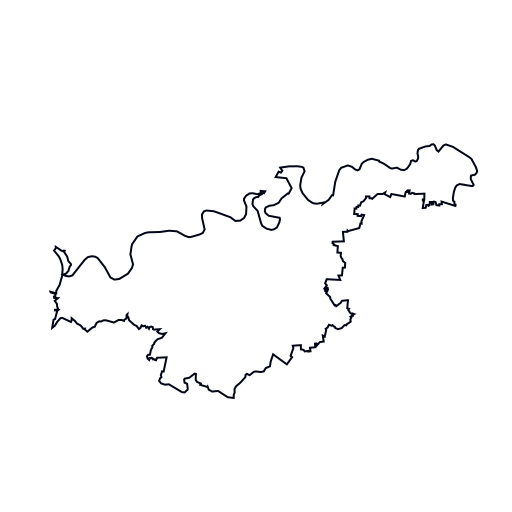 Cosamaloapan de Carpio, Veracruz, Mexico (Albers equal-area conic projection), rotated 192°
{"feature_id": "50627088B77011733949691", "entity_name": "Cosamaloapan de Carpio", "entity_type": "district", "adm_level": 2, "iso_a3": "MEX", "parent_name": "Mexico", "parent_adm1": "Veracruz", "projection": "albers", "projection_center": [-95.972, 18.282], "detail": "fine", "context": "isolated", "style": "outline", "palette": "ink", "viewbox_px": 512, "rotation_deg": 192, "n_neighbors": 0, "source": "geoboundaries", "source_scale": "gbopen_adm2", "svg_char_len": 6122}
<svg xmlns="http://www.w3.org/2000/svg" viewBox="0 0 512 512"><g transform="rotate(192 256 256)"><path d="M155.4,374.8L162.8,375.2L166.5,373.5L170.2,370.4L171.7,368.3L172.8,362.3L174.7,360.8L177.4,361.4L180.7,363.2L185.0,363.7L191.0,360.0L192.4,357.3L193.9,345.0L193.2,331.4L194.3,331.3L196.6,326.0L201.4,320.8L201.2,322.3L207.2,319.8L210.9,319.5L212.7,320.0L216.8,321.7L223.6,327.2L226.5,331.3L227.5,334.5L227.8,342.2L226.1,349.0L228.0,352.3L229.5,352.7L234.1,352.4L242.5,350.5L250.7,347.5L248.0,344.8L249.0,342.7L251.4,343.2L253.2,337.3L242.4,338.4L235.3,329.8L236.8,324.3L237.1,323.7L237.8,323.9L242.9,317.8L244.9,312.8L249.2,309.4L253.4,307.9L256.2,305.8L256.9,304.5L256.7,301.7L255.5,299.9L251.8,298.0L240.8,298.3L240.1,296.7L240.2,293.4L241.5,288.2L244.0,285.8L246.5,284.7L251.5,285.0L256.1,286.8L257.9,289.2L263.8,300.5L269.0,304.1L270.3,306.1L270.6,310.5L270.1,311.8L268.3,313.5L266.0,314.3L265.6,315.9L263.2,317.6L261.8,319.6L261.2,319.3L260.5,321.2L265.0,320.6L264.7,319.7L264.1,319.9L265.2,317.4L265.4,317.9L267.6,316.7L272.4,316.7L275.4,315.8L278.3,312.8L279.6,309.5L279.2,307.7L275.6,302.3L274.4,294.8L275.6,290.7L278.8,287.3L283.5,286.0L289.1,288.6L304.1,290.7L306.6,291.0L314.0,290.2L316.3,288.7L317.5,285.3L316.6,281.8L311.8,271.4L312.8,267.5L315.7,265.3L323.9,260.9L325.9,260.5L329.8,261.0L338.5,263.7L346.1,262.7L355.0,259.5L366.2,256.8L369.4,255.4L376.0,250.5L379.6,241.9L379.7,239.0L379.2,231.5L374.6,222.4L374.8,218.6L377.6,212.1L385.0,205.1L389.6,203.5L393.9,204.7L401.6,213.7L410.5,221.1L413.4,221.9L416.6,221.6L420.2,220.0L422.8,216.6L431.6,198.8L434.7,197.1L438.2,197.0L440.9,197.6L438.2,199.3L436.4,202.3L436.1,206.5L435.1,208.8L435.4,209.7L438.5,212.0L440.6,216.2L444.4,219.9L444.2,221.4L445.3,221.3L445.7,220.5L447.5,220.8L453.7,223.3L453.4,222.3L454.7,219.3L449.1,214.9L447.0,212.5L443.7,207.0L442.4,202.9L441.5,195.9L442.1,186.8L444.1,180.5L443.6,178.0L449.6,178.3L449.2,177.7L444.5,177.3L443.9,175.0L445.2,174.3L444.6,173.0L441.0,173.6L443.5,170.3L440.8,167.8L440.1,165.4L438.2,162.6L441.4,161.6L441.2,161.0L438.3,161.9L439.1,160.6L439.4,152.6L440.8,151.6L440.4,143.4L438.2,146.1L436.9,149.9L434.4,154.5L432.7,155.2L423.3,153.0L423.0,154.5L423.4,156.8L419.4,154.7L417.1,152.7L413.1,151.6L409.8,148.9L408.2,149.4L408.3,148.6L405.2,146.9L401.3,151.9L399.0,153.3L398.0,157.5L395.8,159.5L394.0,159.7L391.9,161.3L389.3,161.9L381.1,161.4L377.2,164.8L374.1,165.5L371.6,165.1L371.6,166.1L369.8,168.0L370.3,171.4L369.7,172.3L369.6,170.7L368.1,169.5L366.8,166.8L360.6,163.2L358.3,162.8L355.3,160.2L354.0,161.8L353.5,164.4L351.7,163.8L350.0,164.7L348.5,163.0L347.5,164.2L345.6,162.6L345.4,164.3L343.8,165.2L342.2,164.9L341.5,163.0L340.5,162.8L334.9,164.4L336.8,161.5L335.0,160.4L331.6,160.2L328.5,161.6L331.0,156.5L335.1,154.0L337.4,150.3L337.3,149.0L338.8,146.6L338.4,145.3L339.3,141.9L339.2,137.4L341.1,136.9L341.8,135.2L340.7,133.1L338.9,132.1L338.9,134.1L337.5,134.0L337.0,134.7L335.4,134.2L335.2,133.5L332.8,133.9L332.8,133.2L332.1,133.2L331.6,135.9L322.4,138.3L322.3,123.8L323.9,123.7L324.3,119.7L323.3,117.8L324.5,116.3L324.8,113.7L322.3,111.7L318.4,111.2L314.5,112.4L300.0,107.4L297.5,107.7L295.1,111.1L295.3,112.3L296.8,116.7L299.5,117.2L300.6,120.0L300.3,121.2L296.0,123.0L291.6,128.2L290.3,128.2L289.2,122.2L287.6,120.6L283.5,119.8L283.8,118.4L276.4,117.8L276.2,118.3L274.4,115.4L270.8,114.3L265.0,116.1L254.3,112.0L248.3,112.5L248.9,115.6L248.5,118.0L249.3,121.2L248.5,124.3L245.0,128.8L241.2,135.4L241.5,137.5L240.5,138.8L237.5,138.1L234.1,142.2L232.3,143.0L227.3,143.5L224.4,144.7L223.2,148.3L219.4,151.0L219.7,155.8L218.8,163.4L203.3,156.4L199.7,164.5L201.4,165.5L200.3,173.6L201.4,175.9L193.6,178.1L192.6,174.0L190.0,174.1L188.5,172.8L185.2,174.0L185.0,173.4L182.9,174.1L184.1,177.5L179.0,179.1L180.1,182.5L178.6,183.0L177.8,181.3L175.6,185.1L172.0,186.4L174.1,192.0L172.0,191.3L172.0,198.5L172.7,199.2L171.1,201.0L170.3,203.9L167.7,203.5L166.7,204.3L165.4,203.2L164.2,203.2L163.5,202.0L160.5,201.5L157.2,203.3L155.0,206.8L153.2,207.0L153.2,207.9L149.7,211.5L150.5,213.3L149.9,216.1L150.8,216.3L149.5,217.9L148.9,217.9L149.1,218.5L147.9,219.6L149.7,219.9L150.2,219.2L152.2,220.1L154.5,222.4L154.0,223.7L155.9,223.9L156.9,232.8L156.8,231.9L162.5,230.1L163.6,227.6L167.1,223.6L168.0,224.6L168.8,224.0L174.4,229.7L175.0,231.3L179.6,234.1L178.4,238.9L180.2,235.7L181.1,236.2L179.1,239.5L180.1,240.0L181.5,237.4L182.4,238.2L180.7,242.1L182.7,243.7L182.0,248.0L168.6,250.1L171.3,254.0L167.9,254.9L168.7,262.6L166.6,263.1L167.3,267.7L170.0,269.2L170.8,270.9L171.9,271.7L173.2,273.6L173.6,276.8L177.1,276.3L178.0,282.7L182.0,282.8L181.8,283.4L183.9,284.5L184.0,285.9L173.1,288.6L176.0,297.7L171.6,298.7L171.7,299.7L171.3,299.4L160.8,304.8L160.6,310.4L160.3,309.5L159.4,309.6L160.1,311.9L158.7,318.5L161.4,318.4L161.6,316.8L163.4,316.6L165.0,316.4L165.2,318.1L168.7,317.5L169.4,323.0L167.7,323.2L167.9,324.9L166.2,325.2L166.4,326.7L164.7,326.9L164.3,330.4L162.2,331.9L160.5,335.4L160.8,337.1L157.4,337.8L157.0,336.1L154.8,336.5L154.2,336.1L150.0,341.9L145.2,342.9L142.9,345.0L143.2,343.3L137.0,341.5L136.4,344.8L122.9,345.1L122.9,349.7L121.8,351.0L120.8,349.4L121.2,351.7L119.4,352.1L119.3,348.9L117.6,349.0L116.5,350.2L114.2,350.2L113.9,349.5L104.2,352.0L103.2,346.5L104.6,346.0L104.3,344.9L103.2,345.2L102.9,337.6L100.1,338.4L100.0,341.3L97.8,341.9L97.6,341.1L96.8,341.7L97.2,345.0L95.6,345.3L94.6,342.9L93.9,343.2L94.1,343.7L93.3,344.0L94.1,345.8L93.3,346.2L91.5,346.0L90.1,343.3L89.1,343.3L87.3,343.5L87.6,344.6L85.0,345.3L85.8,347.8L71.4,346.4L71.5,347.8L72.7,348.0L73.2,350.3L74.7,351.0L75.4,353.3L75.8,359.7L75.3,364.5L74.3,366.8L71.8,368.7L59.1,369.3L58.3,369.8L57.9,370.8L61.9,375.8L62.4,378.6L62.2,379.5L58.9,380.9L57.6,382.9L57.3,385.1L59.7,389.0L65.4,395.7L67.7,396.9L86.1,403.7L93.5,404.6L95.6,403.1L99.2,396.1L101.3,397.2L104.1,401.3L105.7,402.2L107.6,401.5L109.1,399.7L113.2,398.3L119.0,394.7L119.6,393.3L119.4,390.0L118.0,386.9L117.8,384.8L118.6,382.2L119.9,381.5L122.3,382.3L124.1,381.3L124.3,377.9L125.7,374.6L126.8,372.5L128.9,370.8L132.3,370.5L136.5,371.7L141.1,369.8L142.7,369.8L150.2,372.9L155.1,374.0L155.4,374.8Z" fill="none" stroke="#020617" stroke-width="2"/></g></svg>